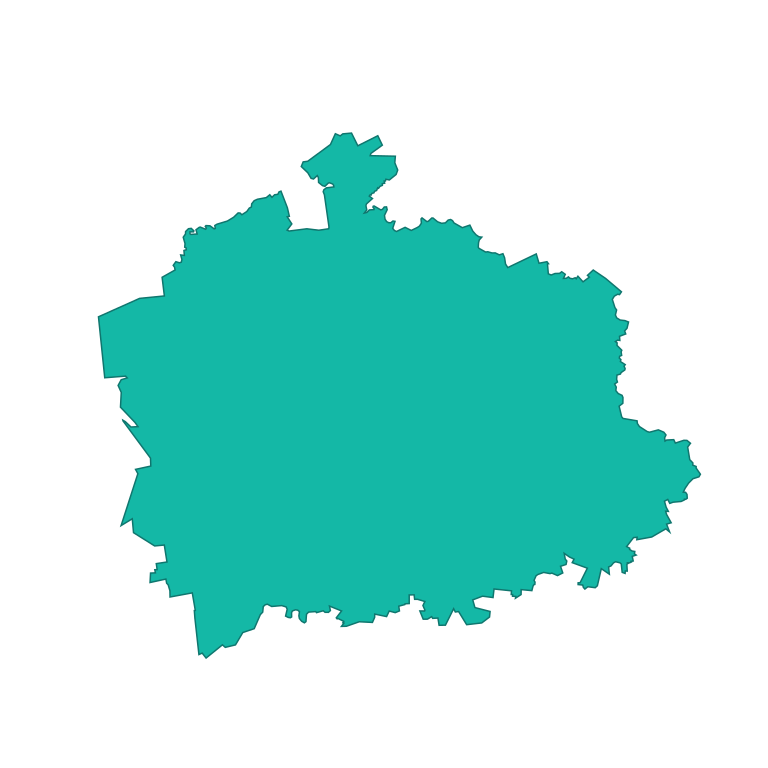 Jalapa, Tabasco, Mexico (Albers equal-area conic projection), rotated 77°
{"feature_id": "50627088B66696645260750", "entity_name": "Jalapa", "entity_type": "district", "adm_level": 2, "iso_a3": "MEX", "parent_name": "Mexico", "parent_adm1": "Tabasco", "projection": "albers", "projection_center": [-92.803, 17.771], "detail": "fine", "context": "isolated", "style": "filled", "palette": "teal", "viewbox_px": 768, "rotation_deg": 77, "n_neighbors": 0, "source": "geoboundaries", "source_scale": "gbopen_adm2", "svg_char_len": 6165}
<svg xmlns="http://www.w3.org/2000/svg" viewBox="0 0 768 768"><g transform="rotate(77 384 384)"><path d="M202.5,546.3L205.9,547.4L206.9,546.2L208.7,546.4L208.9,548.9L213.8,549.6L212.5,553.1L217.2,552.9L219.7,554.1L219.9,556.0L218.0,559.3L221.0,562.7L223.0,561.8L225.9,561.9L230.1,576.2L248.8,578.2L245.6,602.9L254.3,647.1L315.1,654.7L318.2,634.0L320.3,632.8L320.7,639.1L325.6,643.4L333.1,641.9L347.3,646.0L365.4,635.3L370.2,633.3L369.0,640.2L362.5,644.5L360.5,646.6L361.3,646.6L403.7,628.2L411.5,629.7L411.3,645.3L416.0,644.0L462.8,672.0L458.7,659.6L472.5,661.5L490.2,643.9L491.5,634.3L508.6,635.5L507.8,646.3L513.8,646.8L513.4,649.1L516.6,649.2L515.7,654.0L524.8,656.6L525.0,640.4L529.2,640.6L531.1,639.5L537.3,639.1L543.4,640.4L544.4,617.8L562.2,618.8L562.1,619.8L569.4,620.9L606.0,625.2L605.3,621.7L611.0,619.0L601.8,600.1L604.9,597.9L604.8,587.4L594.4,577.5L593.2,565.5L580.9,556.4L579.0,553.5L573.7,551.7L572.4,549.4L572.3,547.2L575.5,543.5L576.9,533.5L579.2,529.5L581.7,529.0L588.0,532.1L589.9,529.8L590.7,527.8L590.2,526.4L586.0,525.5L584.5,524.3L584.1,521.0L585.0,518.9L586.8,517.6L590.8,519.1L593.5,519.2L596.7,517.6L598.8,515.3L598.0,513.5L590.9,511.3L589.3,508.8L590.4,501.7L591.6,501.2L591.3,494.2L593.2,492.8L594.0,489.5L592.7,487.2L588.1,487.1L595.6,476.4L601.1,483.1L602.3,482.5L602.1,481.6L606.2,476.6L607.4,477.8L608.0,476.9L610.6,480.0L611.6,475.1L610.1,461.6L613.7,448.9L609.3,445.6L606.1,444.8L611.2,433.8L606.4,430.0L609.3,424.5L608.6,420.0L603.8,419.6L603.6,413.3L602.9,412.9L603.6,408.8L595.2,406.9L596.2,402.1L600.7,402.6L601.3,399.8L605.1,393.1L608.6,395.9L613.5,395.0L614.3,395.5L613.2,400.1L622.0,398.7L622.9,394.5L621.4,389.9L623.3,389.3L624.2,384.1L631.5,384.6L632.8,378.4L618.6,366.7L622.2,365.8L622.5,362.5L637.1,357.6L638.8,342.5L634.8,333.6L629.5,331.8L622.3,345.7L614.3,346.1L612.9,335.7L616.6,325.8L608.5,322.9L614.2,306.3L617.7,307.4L618.1,306.0L619.7,306.5L620.6,303.4L622.3,304.1L620.0,297.8L615.2,296.6L618.6,286.4L614.5,284.3L613.1,282.9L613.2,282.1L611.0,281.4L609.1,282.0L605.0,278.9L604.2,276.8L603.5,270.8L606.1,264.9L606.0,263.0L609.7,258.0L608.3,252.3L601.3,253.0L600.8,247.2L597.6,245.7L595.3,246.8L589.5,246.5L594.3,242.2L597.4,238.2L600.4,240.8L609.2,227.3L621.7,237.6L621.4,239.6L623.1,240.0L624.6,235.6L627.0,235.5L629.0,234.4L627.4,231.0L630.0,224.0L628.6,221.5L612.8,213.8L620.0,207.2L612.8,206.3L612.3,203.7L609.9,200.6L609.3,198.3L611.4,194.2L612.7,193.3L621.1,194.3L622.8,191.7L620.5,191.0L621.0,189.1L614.2,187.9L613.7,186.4L613.1,186.7L613.5,185.0L613.1,183.0L612.4,183.2L612.5,181.0L607.8,180.9L607.4,176.8L605.8,178.2L603.6,177.3L602.5,179.9L600.4,181.9L599.3,181.5L597.0,184.2L589.8,175.4L590.3,171.8L592.6,172.7L593.3,157.5L588.5,142.0L592.4,139.0L584.1,140.2L583.8,135.4L574.7,138.0L571.3,138.2L572.1,135.6L567.5,136.8L561.3,137.1L560.3,133.5L564.6,132.4L564.2,128.9L565.3,120.9L564.6,117.6L563.8,117.2L564.3,116.0L563.5,114.2L559.7,113.6L557.4,114.5L556.7,116.7L553.4,114.1L549.1,109.5L545.8,104.3L545.3,98.0L543.1,96.0L536.1,98.8L534.6,98.4L532.5,101.4L530.4,100.8L526.5,103.1L513.7,102.3L510.7,98.7L507.1,101.5L506.3,104.5L507.1,113.4L503.4,114.2L502.2,121.1L502.8,123.0L499.6,122.7L497.1,120.7L493.9,122.2L490.4,127.0L490.7,136.2L489.5,138.3L482.9,144.7L479.5,146.0L476.8,145.7L471.3,158.9L469.4,159.8L458.5,159.9L456.5,155.6L450.9,154.2L448.6,154.6L446.0,157.9L442.6,159.6L439.3,158.4L435.9,159.3L434.6,156.1L431.8,156.3L427.7,155.0L427.5,151.4L426.2,150.4L424.5,146.2L423.2,145.6L420.6,146.1L419.4,144.6L415.3,148.6L413.5,147.7L411.7,148.9L410.0,148.2L409.6,146.0L406.0,145.7L404.6,144.7L398.8,148.3L396.4,147.6L394.7,149.0L393.8,146.4L394.6,144.4L390.5,143.8L389.6,137.2L386.4,137.6L384.4,134.7L378.6,131.8L376.4,135.0L374.8,139.5L371.9,142.4L368.8,143.0L364.2,140.7L361.5,141.8L352.9,142.5L350.2,139.8L349.1,136.2L349.9,134.4L347.6,131.9L330.9,144.4L320.0,154.5L323.9,161.3L326.1,159.9L329.2,167.1L322.6,170.8L324.7,173.1L323.5,173.8L323.9,176.7L322.7,179.2L321.1,180.2L322.0,182.5L321.5,185.4L317.9,182.7L314.6,185.6L315.7,188.0L314.8,192.5L315.4,196.6L313.6,199.1L303.7,197.7L303.8,196.7L301.5,197.7L301.2,205.8L291.5,206.4L298.4,237.2L294.4,238.6L288.2,238.1L283.8,238.8L284.1,242.6L281.3,246.1L280.6,249.3L278.5,253.1L278.3,255.3L273.2,260.9L272.0,261.4L267.6,260.1L265.1,258.8L262.9,255.7L261.9,258.4L259.3,260.8L255.0,263.1L248.5,264.6L249.3,272.5L242.9,279.5L240.2,280.5L238.7,282.1L238.7,284.6L240.8,287.9L240.4,291.7L238.0,295.3L233.3,298.9L233.0,300.1L235.4,304.2L235.4,305.7L230.7,309.6L231.5,310.8L235.7,311.4L238.1,313.9L239.0,316.3L240.5,322.9L236.1,328.2L238.2,337.5L236.8,339.3L234.3,340.5L228.0,336.7L227.2,338.6L228.4,341.1L227.9,343.1L226.4,344.9L223.6,345.9L219.8,345.6L214.9,341.7L212.0,341.7L211.6,343.9L213.5,346.3L213.6,348.0L208.4,353.5L208.3,354.4L209.1,355.0L211.0,354.1L211.8,354.5L211.1,359.1L213.0,362.1L213.0,364.7L210.4,361.6L206.2,361.5L204.6,360.6L200.7,353.5L197.6,356.1L196.5,354.8L197.0,354.1L195.5,352.9L195.5,350.9L194.1,349.8L193.8,347.7L191.4,346.0L192.1,345.3L190.5,343.4L190.1,340.9L188.4,340.6L188.5,338.2L186.3,338.2L186.5,336.9L184.9,336.1L186.4,332.9L182.6,325.1L178.6,322.5L170.9,323.7L164.6,321.7L158.4,346.1L156.4,344.9L150.9,331.9L140.7,334.2L146.0,355.9L132.2,359.2L131.0,367.9L132.4,370.8L129.2,375.1L138.6,382.3L149.8,408.2L149.4,412.8L153.5,415.7L161.1,410.7L167.2,408.8L168.4,406.6L165.9,402.1L168.1,401.5L172.9,402.4L176.9,399.3L178.1,397.1L175.7,393.1L175.7,391.8L177.6,389.0L179.1,388.4L180.7,388.5L179.9,396.0L181.2,398.9L183.0,400.0L186.2,399.5L218.8,402.3L220.3,403.0L219.5,412.9L215.4,424.3L213.6,442.1L212.3,443.8L207.3,437.8L199.3,440.7L199.3,438.5L190.5,438.5L172.9,441.0L173.2,443.1L175.3,444.8L175.0,448.0L176.9,451.2L173.9,452.7L175.9,456.8L175.5,465.8L176.2,469.3L178.7,472.4L181.7,473.4L182.3,475.7L185.1,478.9L187.1,484.4L185.0,485.8L184.5,487.7L187.7,493.0L190.0,500.0L190.7,510.7L191.5,513.2L194.5,513.4L194.6,514.6L190.7,518.0L189.6,521.8L190.2,522.7L192.1,522.0L193.1,523.0L189.8,527.7L189.8,528.8L191.4,532.5L195.8,532.3L194.8,538.6L193.9,539.3L192.1,538.8L192.9,535.4L192.0,534.8L189.0,536.8L188.7,539.6L190.8,543.0L193.2,543.7L195.8,546.6L202.5,546.3Z" fill="#14b8a6" stroke="#0f766e" stroke-width="1.5"/></g></svg>